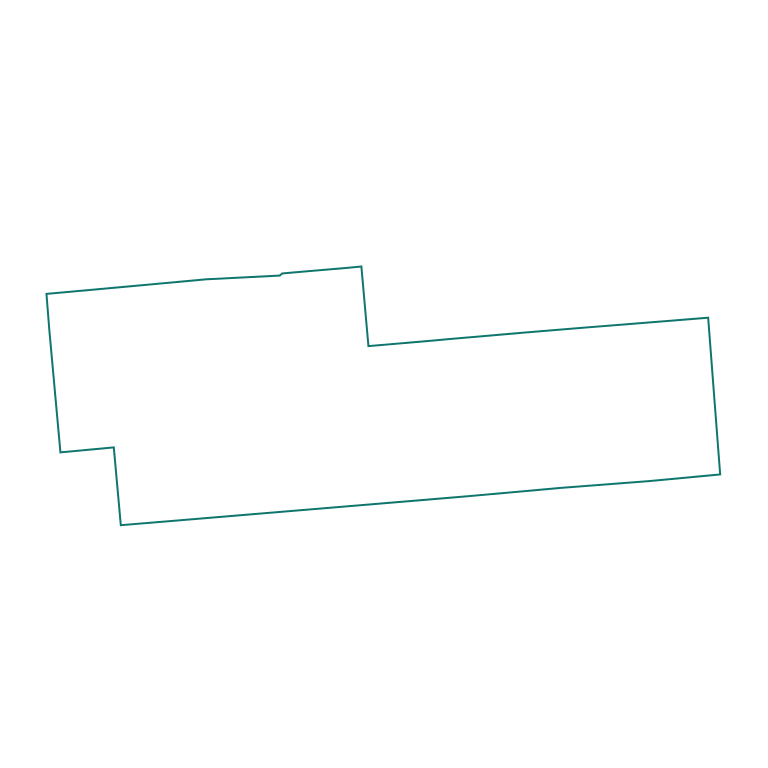 outline of Sunflower, Mississippi, United States of America, rotated 85°
{"feature_id": "52423323B98267290722512", "entity_name": "Sunflower", "entity_type": "district", "adm_level": 2, "iso_a3": "USA", "parent_name": "United States of America", "parent_adm1": "Mississippi", "projection": "mercator", "projection_center": [-90.648, 33.629], "detail": "fine", "context": "isolated", "style": "outline", "palette": "teal", "viewbox_px": 768, "rotation_deg": 85, "n_neighbors": 0, "source": "geoboundaries", "source_scale": "gbopen_adm2", "svg_char_len": 439}
<svg xmlns="http://www.w3.org/2000/svg" viewBox="0 0 768 768"><g transform="rotate(85 384 384)"><path d="M265.0,475.7L266.9,478.4L264.2,552.3L264.5,618.9L264.8,712.4L301.0,712.7L423.9,712.3L423.6,658.7L501.7,658.5L503.1,311.5L502.9,217.2L503.8,127.9L503.4,57.0L346.2,55.3L345.3,179.0L345.0,242.2L344.9,315.7L345.0,329.4L344.9,396.2L265.0,396.3L265.1,411.3L265.0,449.8L265.0,475.7Z" fill="none" stroke="#0f766e" stroke-width="2"/></g></svg>